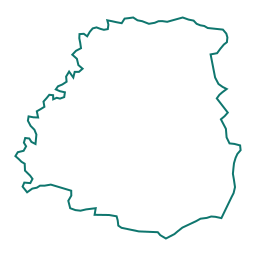 the district of Cunha Porã, Santa Catarina, Brazil
{"feature_id": "56859067B33782804685423", "entity_name": "Cunha Porã", "entity_type": "district", "adm_level": 2, "iso_a3": "BRA", "parent_name": "Brazil", "parent_adm1": "Santa Catarina", "projection": "natural_earth1", "projection_center": [-53.207, -26.879], "detail": "fine", "context": "isolated", "style": "outline", "palette": "teal", "viewbox_px": 256, "rotation_deg": 0, "n_neighbors": 0, "source": "geoboundaries", "source_scale": "gbopen_adm2", "svg_char_len": 1826}
<svg xmlns="http://www.w3.org/2000/svg" viewBox="0 0 256 256"><path d="M138.8,231.4L157.8,232.2L160.3,235.2L165.9,238.5L174.4,234.1L177.6,231.4L182.4,227.6L196.4,221.0L200.5,218.7L206.8,217.9L211.2,216.5L215.3,216.8L221.4,218.1L231.6,197.0L233.6,193.1L235.0,187.1L233.9,179.6L232.9,173.8L233.4,168.6L234.0,163.2L235.6,157.8L237.4,153.9L240.6,150.2L240.1,145.4L234.3,143.9L229.5,143.4L226.6,137.4L225.9,128.8L220.9,119.3L224.6,116.2L227.8,112.6L216.8,98.4L219.4,94.8L222.3,92.3L226.7,89.0L222.6,86.9L218.5,84.0L215.1,77.5L210.6,54.4L217.1,53.2L220.3,48.8L223.9,44.5L226.9,42.2L227.4,37.4L226.3,33.6L222.9,29.6L207.7,28.0L204.3,26.0L200.3,25.3L196.6,23.8L193.6,20.6L188.6,19.6L182.7,17.5L167.2,21.8L162.2,21.1L158.5,21.2L154.7,22.8L148.9,23.8L142.2,21.2L137.5,20.3L133.2,17.5L128.9,18.1L124.6,18.6L121.7,23.2L116.4,22.2L111.9,21.2L107.3,20.3L108.4,24.6L107.8,29.1L103.9,29.8L100.5,28.9L96.5,27.4L92.7,28.4L89.8,31.8L87.2,36.3L83.8,33.8L79.5,34.1L79.3,38.3L80.2,42.8L81.0,48.2L76.0,50.8L72.3,54.7L76.9,58.8L78.4,65.1L82.6,68.7L78.9,71.9L74.7,71.9L73.3,77.5L69.1,71.6L66.1,76.6L66.6,81.7L62.3,84.5L58.0,86.3L55.8,89.4L59.9,91.2L64.9,92.3L64.2,97.1L60.0,98.6L56.7,97.8L53.2,99.3L53.1,95.2L49.3,94.8L46.7,98.0L43.5,101.6L44.4,106.8L40.5,109.2L36.8,111.3L38.1,117.5L33.4,117.3L28.6,116.4L27.9,120.7L30.6,125.9L34.4,129.7L36.4,134.6L35.9,139.7L35.5,144.0L31.4,141.9L29.3,138.5L25.2,138.0L23.9,142.7L26.1,146.3L23.6,150.8L17.8,152.2L15.4,156.1L18.8,159.1L21.5,161.8L24.7,163.7L25.0,170.6L30.1,175.6L32.5,178.9L30.3,183.1L24.3,182.6L22.6,186.6L27.1,192.3L32.3,188.6L36.8,187.7L40.0,185.7L44.4,185.7L50.8,184.6L71.2,190.7L71.3,195.6L68.3,200.8L70.2,208.2L75.4,210.1L80.5,210.7L86.1,209.4L95.7,208.2L94.6,214.8L109.1,215.0L116.6,216.3L117.7,220.4L118.3,225.6L121.5,227.8L138.8,231.4Z" fill="none" stroke="#0f766e" stroke-width="2"/></svg>